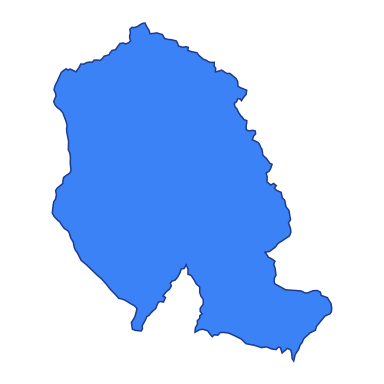 Santa Margarida do Sul, Rio Grande do Sul, Brazil (Mercator projection)
{"feature_id": "56859067B58398228642576", "entity_name": "Santa Margarida do Sul", "entity_type": "district", "adm_level": 2, "iso_a3": "BRA", "parent_name": "Brazil", "parent_adm1": "Rio Grande do Sul", "projection": "mercator", "projection_center": [-54.09, -30.371], "detail": "fine", "context": "isolated", "style": "filled", "palette": "blue", "viewbox_px": 384, "rotation_deg": 0, "n_neighbors": 0, "source": "geoboundaries", "source_scale": "gbopen_adm2", "svg_char_len": 3807}
<svg xmlns="http://www.w3.org/2000/svg" viewBox="0 0 384 384"><path d="M327.3,297.6L321.2,295.4L320.4,292.2L317.4,290.5L313.0,290.7L307.5,292.9L305.3,293.0L300.9,290.9L285.7,289.8L274.8,283.8L274.1,280.9L274.5,277.8L276.0,275.2L275.1,268.4L273.7,264.1L275.0,261.2L271.1,258.5L268.5,257.3L266.8,254.6L265.0,252.2L269.5,251.5L275.2,247.2L278.1,243.4L289.4,236.0L290.9,232.2L290.5,228.5L288.5,222.8L290.6,219.6L289.8,215.7L289.0,210.6L285.9,206.6L284.7,200.2L282.2,197.7L281.2,192.4L276.3,190.2L274.5,188.0L276.3,185.6L273.6,183.4L270.8,185.1L267.0,181.9L267.2,176.7L266.1,173.2L269.1,171.2L270.7,168.5L272.1,164.3L269.9,163.3L266.1,158.1L262.9,155.3L262.0,149.3L260.6,147.2L259.5,144.4L258.1,142.5L254.9,140.9L252.3,139.8L253.6,136.1L255.6,133.9L255.3,131.0L252.8,130.3L248.8,130.9L246.3,129.8L246.1,125.6L246.7,123.2L246.8,120.6L244.0,119.6L242.3,117.2L240.6,115.6L238.8,112.8L236.7,108.5L235.0,106.9L234.3,103.4L236.5,101.8L237.8,98.8L239.9,98.8L241.5,100.7L243.4,97.6L246.2,94.3L246.7,90.2L240.5,87.7L238.0,86.3L237.7,81.5L236.0,78.5L233.1,76.1L229.9,73.4L227.1,73.5L225.2,72.5L221.7,70.1L218.1,71.3L215.4,71.8L215.7,68.2L214.1,66.1L214.3,62.3L210.6,62.4L208.3,61.7L206.5,60.4L203.2,59.1L200.8,57.1L198.6,55.1L196.9,52.7L191.3,51.6L187.8,50.3L188.3,47.4L186.1,46.7L182.7,47.3L178.4,46.0L177.4,42.6L176.1,40.8L173.8,40.3L170.9,39.6L168.6,39.5L164.8,38.6L162.3,34.5L159.2,33.6L156.7,32.9L152.1,33.6L149.9,33.6L148.9,30.0L147.0,27.3L145.0,23.0L142.4,23.4L139.7,25.0L137.5,26.5L134.1,27.6L131.9,27.3L129.8,29.4L130.4,33.0L129.6,35.6L129.7,38.2L130.6,40.8L128.8,42.6L125.6,43.9L123.3,43.0L120.0,43.5L116.9,47.7L115.4,49.8L112.2,50.3L110.2,52.6L109.1,54.8L106.6,55.5L104.1,56.2L102.2,58.7L100.1,60.4L97.1,60.0L94.1,60.1L92.3,62.2L89.6,62.1L86.5,62.6L83.9,64.1L80.8,64.0L79.2,67.2L76.0,71.8L73.2,70.4L70.0,69.0L67.9,70.1L66.2,68.8L63.9,70.2L61.2,72.5L58.5,78.5L57.3,81.3L56.2,83.3L54.8,86.5L54.0,89.9L55.6,93.3L56.0,96.3L54.7,98.9L53.7,101.8L55.2,105.0L57.0,107.3L60.4,109.9L62.9,112.9L63.8,115.5L66.1,121.4L67.1,125.8L66.6,128.1L66.7,131.7L67.5,135.7L68.6,141.6L68.3,149.8L69.7,152.8L70.3,156.1L70.4,159.5L70.2,162.1L70.5,165.9L71.0,170.3L69.9,173.0L66.4,175.3L63.6,177.5L62.9,181.3L62.7,183.7L60.3,185.5L57.3,188.1L55.6,190.6L56.4,194.9L55.5,199.3L53.8,201.6L53.2,204.9L52.6,210.2L52.3,213.2L54.2,216.6L58.1,220.6L59.8,221.9L61.6,224.9L64.3,228.5L67.7,230.6L69.1,232.5L70.0,235.7L71.0,238.5L73.2,242.0L74.2,247.2L75.3,250.0L77.4,252.9L81.3,260.6L86.1,264.4L93.0,271.1L96.7,274.7L102.0,279.3L106.4,284.3L110.4,289.4L115.1,294.2L118.8,298.4L121.5,298.9L125.3,300.3L131.0,303.9L134.4,305.7L137.0,308.4L136.2,312.0L135.4,315.0L134.5,317.6L131.4,322.5L131.8,325.4L132.4,329.2L135.2,330.3L139.2,330.8L141.4,330.9L142.5,328.6L142.2,325.8L143.8,322.9L145.5,319.8L146.7,316.7L149.1,315.3L150.5,313.4L153.3,310.6L155.7,308.6L156.7,305.9L158.3,302.3L160.6,301.5L163.5,302.1L165.5,297.4L163.0,296.0L166.4,291.6L169.3,289.4L171.4,285.9L170.3,283.4L171.9,281.2L175.3,280.0L177.7,276.9L180.0,272.8L181.1,269.1L184.3,268.4L186.1,264.8L188.0,269.0L188.0,274.4L191.1,275.3L194.4,280.4L196.2,283.9L199.7,287.0L199.7,292.5L200.9,296.1L203.2,299.3L203.2,304.2L200.2,308.3L200.2,311.4L202.0,313.8L199.8,315.7L199.7,318.3L197.3,320.7L197.5,323.9L195.3,328.1L195.0,332.3L197.2,331.1L199.7,329.7L202.8,329.3L207.7,330.8L209.6,333.6L212.2,336.7L214.4,334.8L217.8,335.2L220.3,332.5L224.2,332.5L228.7,333.1L235.4,336.1L241.3,339.1L246.0,343.7L254.6,345.4L261.5,347.6L266.5,346.9L271.8,349.0L276.2,349.6L278.2,347.2L280.4,347.5L282.1,353.0L285.6,350.0L287.7,348.3L290.9,350.2L291.8,353.9L292.1,358.5L293.7,361.0L295.2,354.6L298.6,349.4L300.2,344.9L302.0,342.8L303.6,338.8L310.0,332.9L315.5,330.2L316.3,326.6L324.9,316.1L330.1,313.7L331.4,311.6L331.7,308.1L331.0,303.6L327.3,297.6Z" fill="#3b82f6" stroke="#1e3a8a" stroke-width="1.5"/></svg>